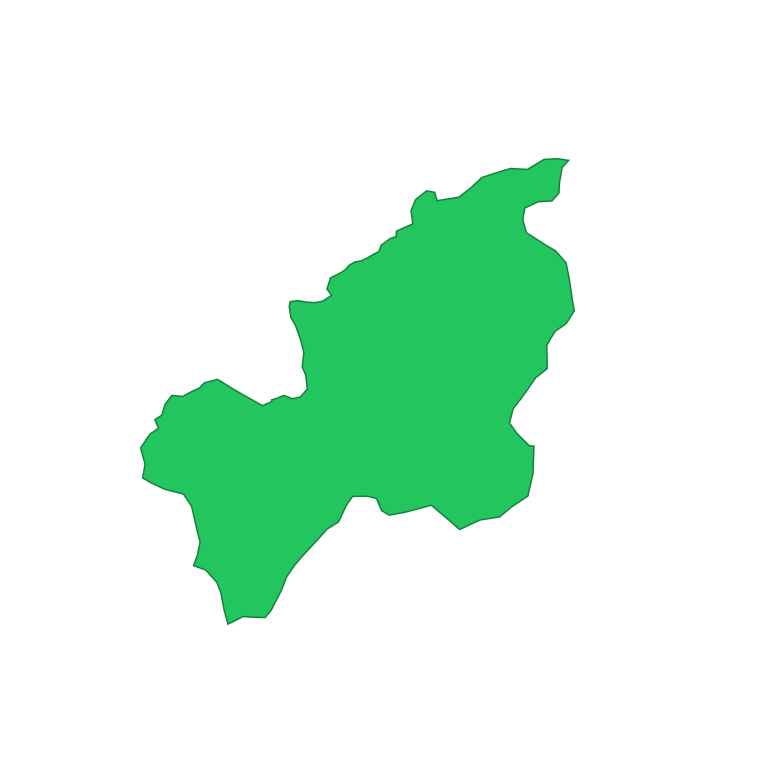 the district of Vouni, Limassol, Cyprus, rotated 30°
{"feature_id": "46923920B50691458712838", "entity_name": "Vouni", "entity_type": "district", "adm_level": 2, "iso_a3": "CYP", "parent_name": "Cyprus", "parent_adm1": "Limassol", "projection": "natural_earth1", "projection_center": [32.825, 34.816], "detail": "fine", "context": "isolated", "style": "filled", "palette": "green", "viewbox_px": 768, "rotation_deg": 30, "n_neighbors": 0, "source": "geoboundaries", "source_scale": "gbopen_adm2", "svg_char_len": 1861}
<svg xmlns="http://www.w3.org/2000/svg" viewBox="0 0 768 768"><g transform="rotate(30 384 384)"><path d="M318.4,245.4L320.8,250.3L316.8,254.7L312.2,265.0L313.3,271.8L310.1,277.0L306.9,282.6L302.9,288.6L297.9,292.7L294.5,298.5L293.4,304.3L290.1,310.7L284.6,318.8L287.1,330.3L294.3,333.4L289.6,342.8L283.5,348.1L276.1,351.8L268.1,354.7L261.6,359.5L263.1,364.2L270.2,373.1L278.3,377.7L290.5,388.2L298.9,396.9L304.6,410.1L311.6,415.3L320.2,426.7L317.9,437.2L312.0,442.6L302.9,444.0L298.7,449.6L294.6,454.0L295.6,455.2L289.6,463.5L268.1,463.8L255.1,463.8L243.2,463.3L237.5,463.3L227.8,472.8L226.1,480.0L221.6,486.1L215.7,495.6L206.0,499.9L204.6,510.9L207.1,522.1L203.4,529.5L210.8,534.9L206.3,544.7L205.2,561.1L217.1,572.7L221.9,586.0L232.4,586.0L246.8,584.8L265.5,579.6L278.6,586.2L287.9,596.1L294.7,603.6L303.8,612.8L308.1,625.8L309.9,636.5L322.7,634.3L338.3,639.3L346.9,646.1L358.8,659.9L369.0,670.0L378.3,655.8L389.2,650.4L397.8,645.7L398.3,642.6L399.4,636.6L398.4,615.4L398.3,614.3L396.1,599.6L397.1,586.1L399.7,572.3L404.0,553.5L407.3,538.0L413.6,526.2L412.0,507.7L413.0,497.0L425.8,489.5L434.8,486.9L445.3,494.9L454.3,494.9L467.1,483.8L485.6,465.3L511.9,470.1L522.2,472.2L535.1,453.8L550.6,441.2L555.8,427.0L561.9,414.5L564.6,409.1L557.8,387.0L544.9,362.8L540.7,364.9L524.3,360.5L512.2,355.1L508.2,340.8L510.2,326.5L511.2,315.9L512.2,303.0L517.6,289.0L512.2,279.9L505.6,269.0L505.6,261.1L505.9,252.6L509.2,245.8L511.6,240.4L512.2,225.4L505.2,217.2L493.5,202.3L488.2,196.1L481.1,188.0L465.8,182.9L455.4,182.9L431.7,181.8L422.0,172.3L418.0,161.1L426.3,149.2L438.0,141.3L440.0,131.1L435.3,121.9L430.0,107.3L432.1,98.0L422.0,102.0L410.3,109.5L400.9,126.5L385.8,134.1L373.7,147.1L365.5,156.3L360.9,171.3L355.4,184.8L338.3,198.7L332.0,192.7L324.3,195.5L319.2,208.6L320.8,220.5L328.9,230.8L318.4,245.4Z" fill="#22c55e" stroke="#15803d" stroke-width="1.5"/></g></svg>